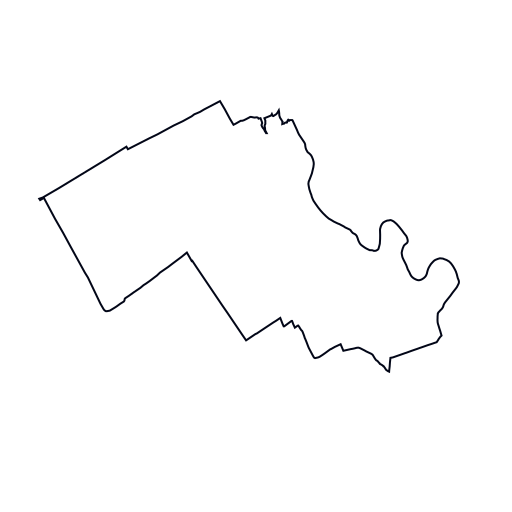 outline of Isvoarele, Giurgiu, Romania, rotated 68°
{"feature_id": "2599482B48168115040378", "entity_name": "Isvoarele", "entity_type": "district", "adm_level": 2, "iso_a3": "ROU", "parent_name": "Romania", "parent_adm1": "Giurgiu", "projection": "natural_earth1", "projection_center": [26.306, 44.155], "detail": "fine", "context": "isolated", "style": "outline", "palette": "ink", "viewbox_px": 512, "rotation_deg": 68, "n_neighbors": 0, "source": "geoboundaries", "source_scale": "gbopen_adm2", "svg_char_len": 6077}
<svg xmlns="http://www.w3.org/2000/svg" viewBox="0 0 512 512"><g transform="rotate(68 256 256)"><path d="M330.5,296.8L330.1,294.8L328.1,285.5L328.2,284.6L326.4,276.0L324.1,264.8L323.6,261.8L322.5,256.7L328.5,256.8L331.6,256.7L331.8,256.2L329.5,247.4L329.7,246.9L330.7,246.9L333.0,247.0L337.0,246.8L336.2,243.5L336.3,242.9L338.4,242.4L339.4,242.3L341.7,241.8L342.7,241.3L344.1,241.2L348.1,241.3L350.5,241.5L351.6,241.4L354.4,241.4L359.2,241.5L360.9,241.5L369.6,240.6L371.7,240.3L372.3,240.0L372.8,239.5L373.3,236.5L373.3,234.9L372.7,231.7L372.0,228.6L370.3,221.9L370.4,221.3L370.1,219.2L369.8,216.8L369.5,210.6L376.6,210.5L377.9,202.6L378.1,201.8L378.3,200.8L378.6,199.0L378.8,197.2L378.9,196.8L379.2,195.8L379.4,195.3L379.7,194.9L380.6,193.9L381.4,193.2L384.4,190.6L385.7,189.6L389.7,185.9L390.7,185.2L391.2,184.9L392.3,184.7L394.8,184.3L395.9,184.1L397.7,183.6L398.1,183.3L398.4,183.0L399.1,182.6L399.6,182.4L401.0,182.0L401.4,181.7L401.8,181.6L402.4,181.6L403.3,180.8L404.2,180.1L404.8,179.7L405.3,179.4L405.8,179.3L405.9,179.0L407.7,178.5L410.3,178.0L411.7,177.1L412.3,176.7L412.7,176.3L413.1,175.9L411.5,175.1L408.6,173.5L404.9,171.7L400.8,169.5L401.3,167.1L401.7,158.8L401.9,154.1L402.0,153.2L402.2,147.2L402.3,145.2L402.4,143.1L402.5,141.6L402.6,138.6L402.7,137.0L402.9,132.7L403.0,130.2L403.2,127.5L403.4,124.4L403.4,123.6L403.6,120.8L402.4,119.0L401.4,117.7L400.4,116.1L399.8,115.0L399.3,113.8L394.6,113.3L391.7,113.1L389.5,112.9L386.9,112.7L385.4,112.4L385.1,112.3L383.1,111.6L382.0,111.1L380.1,110.3L378.7,109.6L377.6,109.0L377.5,108.9L377.3,108.9L376.5,107.8L376.2,107.0L375.6,105.9L374.8,103.9L374.6,103.5L374.1,102.7L373.6,102.0L372.8,101.2L372.1,100.7L371.1,99.8L369.9,98.2L365.7,90.7L363.6,87.4L360.9,82.7L360.0,81.3L357.9,78.9L357.1,78.1L356.2,77.6L355.3,77.3L354.3,77.2L352.9,77.2L351.9,77.2L348.4,76.7L347.4,76.6L346.5,76.6L345.6,76.5L343.4,76.6L341.7,76.8L339.5,77.1L337.7,77.5L335.8,78.0L334.4,78.6L333.3,79.1L332.3,79.9L331.1,80.8L329.4,82.7L328.4,83.7L328.0,84.5L327.2,86.0L327.0,86.5L326.8,88.6L326.8,91.1L327.0,92.4L327.6,93.9L328.3,95.4L329.0,96.8L329.9,98.1L330.8,99.3L331.6,100.3L332.7,101.4L334.0,102.5L335.2,103.4L336.1,104.0L336.8,104.6L337.2,105.0L338.3,106.3L338.7,107.1L339.2,108.3L339.5,109.5L339.7,110.4L339.8,111.5L339.8,112.3L339.6,113.6L339.5,114.1L338.8,115.3L338.2,116.0L337.4,116.8L336.2,117.8L335.3,118.4L334.2,119.0L332.9,119.5L330.9,119.8L328.3,119.9L325.2,120.3L323.6,120.2L320.7,120.1L319.5,120.2L318.1,120.3L314.8,120.6L312.5,120.7L311.3,120.6L308.9,120.1L308.1,119.9L307.5,119.7L306.3,118.9L305.3,118.2L303.8,117.0L302.9,116.1L301.9,115.1L301.6,114.6L301.3,113.9L300.8,112.2L300.4,110.9L299.9,110.4L299.7,110.2L299.2,109.8L298.6,109.6L298.0,109.4L296.6,109.2L295.8,109.1L294.9,109.1L293.6,109.2L290.4,110.2L287.1,111.0L282.4,112.4L279.3,113.5L277.6,114.3L275.4,115.5L273.7,117.0L273.0,118.0L272.8,119.4L272.3,121.1L272.3,123.2L272.6,125.4L273.7,127.4L275.2,129.1L277.4,130.8L278.4,131.3L283.0,133.0L286.6,134.5L291.0,136.6L292.0,137.3L294.9,139.5L295.5,140.1L295.8,141.0L296.0,142.5L295.9,143.4L295.6,144.2L295.4,144.8L294.9,145.3L294.6,145.6L294.2,146.1L293.1,148.5L292.3,149.2L290.4,150.9L288.8,152.1L286.3,153.7L285.6,154.1L284.6,154.6L283.3,155.0L281.5,155.2L279.8,155.3L278.8,155.2L277.5,155.1L275.2,155.1L273.8,155.5L272.6,156.2L271.4,157.3L270.6,157.8L269.4,158.2L268.5,158.5L267.6,158.6L266.7,159.1L265.7,160.0L262.9,162.6L261.5,163.5L260.2,164.6L259.4,165.3L257.7,166.7L256.4,168.1L253.2,171.0L251.0,172.6L248.6,174.5L245.5,176.1L241.6,177.8L238.0,179.1L234.3,180.2L229.7,181.3L226.3,182.0L224.1,182.1L222.3,182.1L221.3,182.0L220.0,181.8L217.9,181.8L216.6,181.7L213.9,181.5L210.8,180.9L208.7,180.4L206.8,179.3L205.3,177.8L202.2,174.9L200.3,173.2L195.1,169.5L192.4,168.0L190.6,167.4L187.9,167.0L185.1,167.0L183.3,167.2L181.7,167.8L180.1,168.6L179.2,169.2L176.2,169.6L174.4,169.5L172.5,169.1L170.8,168.6L169.3,168.6L168.1,168.8L159.7,170.6L157.3,170.8L154.6,170.8L143.9,171.3L143.5,171.5L143.1,172.5L142.6,174.0L142.9,174.4L143.0,174.7L142.8,174.8L142.5,174.9L142.0,174.8L141.8,174.9L141.7,175.0L142.0,175.6L142.5,176.1L142.8,176.5L143.0,176.7L143.2,176.9L143.7,177.1L143.8,177.3L143.9,177.5L143.7,177.9L143.5,178.2L143.3,178.7L143.3,179.1L143.5,179.8L143.7,180.1L143.8,180.5L143.5,181.6L143.5,182.2L143.1,182.0L142.6,181.8L142.2,181.6L141.7,181.2L141.4,181.0L141.1,181.1L140.5,181.3L139.4,181.4L138.7,181.5L138.0,181.7L136.7,181.9L135.2,181.8L134.3,181.7L132.6,181.1L130.9,180.6L129.5,180.3L130.9,182.1L131.6,183.1L132.0,183.9L132.3,184.9L132.5,186.5L132.8,187.3L132.7,187.7L132.1,188.1L130.3,188.1L131.3,189.3L131.4,190.2L131.4,193.8L131.4,196.6L133.0,196.6L133.8,196.6L134.5,196.8L135.0,197.1L136.7,197.7L137.3,198.1L137.9,198.8L138.5,199.2L139.0,199.4L139.8,199.5L140.7,199.7L142.8,200.4L143.1,200.4L144.1,200.3L145.0,200.2L146.1,200.1L145.9,200.6L144.4,200.8L143.8,201.0L141.6,201.1L141.0,201.2L140.4,201.5L138.5,201.9L137.9,201.9L137.5,201.9L137.1,202.0L136.1,201.5L135.8,201.2L135.7,200.9L135.2,200.5L134.7,200.4L133.8,200.3L129.9,200.2L129.6,202.2L128.8,202.3L128.4,202.5L128.1,202.8L127.7,203.4L127.3,204.8L127.2,205.3L126.7,206.2L125.7,207.7L125.2,208.5L124.9,209.3L125.0,209.9L125.4,213.8L125.6,216.6L125.4,218.3L125.0,219.2L124.9,219.5L125.7,225.3L125.9,227.7L118.9,228.8L108.1,230.0L98.9,231.4L100.7,249.4L101.4,253.8L101.5,257.2L101.5,260.1L102.4,263.4L103.6,273.5L104.2,283.5L106.3,301.8L106.9,310.8L109.0,334.8L106.1,335.2L110.6,360.7L119.2,413.2L121.1,426.3L121.9,431.8L121.7,435.5L123.3,435.2L122.7,430.9L146.2,428.4L162.1,426.2L177.9,424.4L207.3,420.9L213.0,419.9L225.9,419.1L242.0,418.1L247.8,417.3L249.1,417.0L250.1,416.5L250.8,416.0L251.1,415.4L251.3,415.0L251.6,413.5L251.9,412.0L250.9,406.0L250.5,404.0L249.4,399.6L248.7,395.6L248.2,394.9L247.6,394.4L246.6,393.8L246.3,393.4L246.1,392.8L245.3,388.8L243.9,383.0L242.2,375.1L240.9,371.2L240.4,368.4L239.4,364.1L237.6,357.5L237.0,355.2L235.4,351.2L233.3,341.7L231.8,336.3L228.9,325.3L226.9,318.8L236.6,317.5L236.5,316.9L243.9,315.4L289.1,305.8L294.9,304.5L297.5,303.9L323.2,298.4L330.5,296.8Z" fill="none" stroke="#020617" stroke-width="2"/></g></svg>